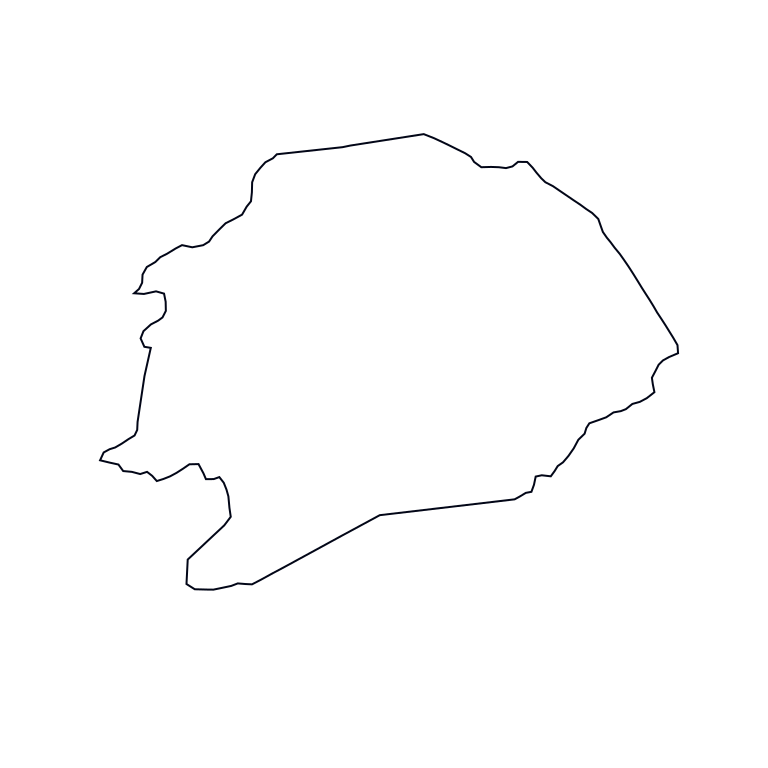 outline of Brejões, Bahia, Brazil, rotated 110°
{"feature_id": "56859067B95003995902113", "entity_name": "Brejões", "entity_type": "district", "adm_level": 2, "iso_a3": "BRA", "parent_name": "Brazil", "parent_adm1": "Bahia", "projection": "mercator", "projection_center": [-39.848, -13.069], "detail": "fine", "context": "isolated", "style": "outline", "palette": "ink", "viewbox_px": 768, "rotation_deg": 110, "n_neighbors": 0, "source": "geoboundaries", "source_scale": "gbopen_adm2", "svg_char_len": 2230}
<svg xmlns="http://www.w3.org/2000/svg" viewBox="0 0 768 768"><g transform="rotate(110 384 384)"><path d="M447.7,221.8L443.5,218.1L437.8,213.5L434.9,208.6L427.4,208.6L419.1,209.8L415.8,204.5L413.7,195.7L407.5,193.9L401.7,192.7L396.4,189.0L388.6,186.1L379.6,183.7L369.9,182.3L362.1,178.5L356.1,178.8L350.7,177.6L344.0,169.4L339.3,163.8L332.2,158.6L328.5,152.2L324.9,148.1L317.8,143.8L313.3,137.5L307.4,132.2L299.2,127.1L292.3,131.3L286.5,134.4L279.3,133.4L271.9,132.5L266.4,129.9L261.0,125.2L254.5,118.2L247.1,121.5L241.4,128.3L237.4,133.4L232.6,139.5L227.9,145.7L223.4,151.8L218.7,157.4L214.1,163.2L209.4,169.4L205.5,174.5L200.8,180.4L195.3,187.4L189.9,194.5L184.9,201.5L181.1,207.0L177.1,213.8L173.2,219.7L170.3,224.6L166.3,230.3L161.6,234.2L155.6,239.1L152.1,246.9L150.5,253.6L148.5,260.4L146.4,269.0L144.0,278.4L142.2,285.5L140.3,292.9L139.2,301.4L136.9,306.6L133.2,313.1L129.9,318.3L126.4,325.4L129.4,334.0L135.6,337.7L139.4,343.2L141.0,350.2L143.4,357.6L147.0,366.7L144.5,375.3L140.9,379.9L139.4,386.7L138.4,395.9L137.4,404.8L136.7,411.8L135.9,421.0L135.6,432.1L171.4,497.1L175.6,503.9L204.8,563.3L209.9,565.6L216.2,571.3L223.1,574.1L230.9,576.8L239.5,576.9L249.1,573.7L257.8,571.5L264.3,573.7L273.4,575.3L281.1,582.1L287.1,587.8L294.4,591.3L303.8,595.6L310.0,597.1L315.4,601.4L321.1,610.9L322.6,621.3L328.0,626.2L335.8,632.4L341.3,637.6L347.6,640.6L355.2,646.9L363.8,648.3L371.6,645.9L378.5,646.7L384.2,649.8L381.5,640.4L374.9,629.9L374.3,621.6L381.4,617.3L389.9,614.0L397.2,614.9L401.7,617.9L407.7,623.4L416.6,628.1L424.4,628.3L431.0,621.9L429.8,615.5L458.4,611.8L503.9,602.6L511.6,600.2L517.7,600.8L523.0,605.1L529.7,610.0L535.6,614.9L539.1,619.5L544.2,624.0L552.8,624.7L551.7,614.9L550.5,606.0L555.0,599.3L552.8,590.9L552.0,582.3L547.6,576.6L549.6,570.4L552.9,564.3L548.7,558.8L544.0,553.5L538.5,548.6L532.6,544.1L526.0,539.4L522.7,530.9L529.7,523.1L534.3,518.8L531.6,511.5L527.8,506.9L531.6,500.8L537.1,495.9L542.8,491.8L553.2,486.9L561.2,482.6L571.3,485.7L616.1,508.4L639.5,501.2L641.6,491.6L637.7,480.0L635.6,474.0L631.1,466.7L626.0,458.5L621.4,453.2L619.3,445.6L617.4,439.5L610.0,432.7L599.7,423.7L589.6,414.6L551.7,381.2L540.9,371.7L508.7,343.1L447.7,221.8Z" fill="none" stroke="#020617" stroke-width="2"/></g></svg>